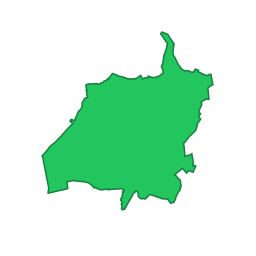 Turda, Cluj, Romania, rotated 75°
{"feature_id": "2599482B86341040659785", "entity_name": "Turda", "entity_type": "district", "adm_level": 2, "iso_a3": "ROU", "parent_name": "Romania", "parent_adm1": "Cluj", "projection": "mercator", "projection_center": [23.797, 46.584], "detail": "fine", "context": "isolated", "style": "filled", "palette": "green", "viewbox_px": 256, "rotation_deg": 75, "n_neighbors": 0, "source": "geoboundaries", "source_scale": "gbopen_adm2", "svg_char_len": 5595}
<svg xmlns="http://www.w3.org/2000/svg" viewBox="0 0 256 256"><g transform="rotate(75 128 128)"><path d="M205.6,152.2L204.5,151.3L203.9,150.5L202.9,149.5L202.2,149.2L201.9,149.0L200.9,147.7L200.1,147.2L199.9,146.7L199.6,146.4L199.1,146.1L197.4,144.2L197.1,144.1L195.6,142.6L195.0,141.7L194.0,141.1L193.0,140.0L191.7,138.3L192.0,138.0L190.9,136.6L191.1,136.3L191.9,135.5L193.2,135.1L194.1,135.1L196.2,135.8L197.0,135.7L199.1,134.4L199.6,133.8L199.9,133.2L200.3,131.0L200.6,130.5L201.1,129.8L198.2,124.8L197.8,124.2L201.4,118.7L205.3,113.0L205.8,112.0L206.1,110.4L206.2,110.0L206.8,109.0L206.9,108.8L206.7,108.3L206.7,108.2L209.4,107.3L210.5,106.8L211.4,106.3L211.9,106.2L211.6,104.7L211.5,103.6L211.8,103.1L211.3,102.8L210.9,102.5L210.3,101.7L209.3,100.7L206.6,99.3L204.6,97.3L203.0,96.0L202.4,95.3L202.3,94.8L202.1,94.5L201.2,93.6L200.7,93.4L199.3,93.0L199.1,92.7L198.7,92.1L198.3,91.9L196.2,91.5L194.2,91.4L193.3,91.1L192.7,91.0L191.6,91.1L190.7,91.8L190.1,92.4L188.7,93.2L187.6,93.5L185.9,94.3L185.5,94.5L185.2,95.0L185.0,94.3L184.3,93.0L183.4,90.8L182.9,89.9L182.3,88.3L181.5,86.9L181.1,86.0L181.2,85.8L182.9,84.9L184.1,84.4L186.7,83.1L185.5,81.2L185.3,80.6L185.3,79.6L186.0,78.5L186.6,78.0L187.1,77.4L187.4,76.7L187.4,76.3L185.8,75.3L183.6,73.4L182.3,72.4L181.8,73.1L181.4,74.7L181.4,75.1L180.8,74.8L179.6,74.1L178.1,74.1L177.1,73.8L176.0,73.6L172.7,73.4L169.4,73.0L170.0,74.6L170.1,80.4L166.1,79.6L160.1,78.6L157.4,78.3L154.7,74.2L153.1,72.4L152.2,71.1L150.9,68.6L150.1,67.4L149.1,65.3L147.8,63.3L147.5,63.0L146.7,62.4L144.6,61.1L144.0,60.8L142.0,60.0L141.7,59.8L138.5,55.8L138.2,55.5L137.8,55.8L135.4,56.8L132.8,54.1L131.8,55.9L130.7,55.2L129.4,54.7L128.4,53.8L127.5,53.2L125.5,51.4L124.7,50.9L123.2,50.4L122.6,50.5L121.8,50.5L121.4,49.8L121.4,49.5L121.2,49.1L121.1,48.2L120.7,46.3L120.1,46.0L121.2,42.4L112.5,40.9L111.1,40.7L110.0,40.7L109.8,39.8L108.2,36.1L108.1,35.5L108.2,34.8L106.4,34.8L105.3,34.4L104.2,34.6L103.7,34.6L102.5,34.3L101.3,34.4L97.6,33.9L97.4,35.1L97.4,35.8L97.5,36.3L97.9,37.2L97.4,38.6L96.8,39.9L96.2,40.6L95.3,41.4L95.2,41.7L95.4,41.9L95.1,42.3L94.6,42.6L94.1,42.9L93.7,43.6L93.2,43.9L92.8,44.5L92.3,45.3L92.3,45.8L92.3,46.2L92.1,45.6L90.7,44.9L90.3,45.1L89.5,46.7L89.3,46.9L89.1,46.8L88.6,47.7L88.6,47.8L89.0,48.5L89.7,48.7L90.2,49.2L90.4,49.8L90.8,50.5L90.8,51.4L90.6,52.0L90.0,52.9L88.6,54.4L88.3,55.0L88.2,55.5L88.0,56.0L87.9,57.0L87.8,57.6L87.5,58.2L86.1,59.9L85.9,60.5L85.3,60.9L84.5,61.0L82.8,61.8L80.2,62.7L76.5,63.7L73.3,64.2L71.9,64.5L70.2,65.1L68.3,65.4L66.9,65.1L64.1,64.0L60.9,62.9L60.3,62.6L59.1,61.7L47.9,65.4L47.6,65.6L46.8,66.7L44.1,70.2L45.0,71.6L45.3,72.0L45.5,72.1L49.3,70.6L50.9,70.2L53.2,69.3L55.0,68.8L56.2,68.1L56.6,68.0L57.2,68.3L57.4,68.6L57.5,68.7L59.3,69.5L60.0,69.6L61.3,70.5L62.7,71.1L62.9,71.3L62.9,71.5L63.3,71.9L64.6,72.6L65.2,72.7L65.5,73.2L66.2,73.2L66.3,73.4L66.5,74.1L67.1,74.4L67.2,74.6L67.5,74.8L68.5,75.3L69.0,75.2L69.7,75.5L70.6,76.0L71.7,76.4L72.3,76.8L72.9,76.9L73.3,77.3L73.8,77.6L74.6,77.5L75.2,77.9L75.8,78.7L76.4,79.3L77.6,79.9L78.1,79.9L78.8,79.5L80.1,79.5L80.7,79.6L82.3,79.4L82.7,79.4L83.3,79.6L83.6,79.7L83.8,79.5L85.0,82.4L85.5,83.2L85.7,84.2L86.0,85.6L86.0,88.7L85.8,90.4L85.3,91.8L85.0,92.3L84.4,93.2L83.1,95.0L83.5,95.1L83.7,94.9L83.9,94.9L84.3,95.0L84.3,96.9L84.1,97.0L84.0,99.1L84.3,100.9L84.3,101.2L84.2,101.3L83.6,101.5L82.5,101.5L80.5,102.1L80.8,103.2L82.2,106.8L82.3,108.5L82.3,109.1L81.8,109.3L81.9,111.2L81.0,113.2L80.7,115.4L78.9,117.3L78.6,117.9L76.8,120.9L76.5,121.8L75.6,123.3L73.9,125.1L71.3,129.0L71.6,129.3L71.7,129.5L73.1,131.1L74.5,133.3L74.8,133.9L75.4,133.8L75.5,133.9L75.7,134.4L75.5,134.6L75.3,135.4L75.8,135.7L76.2,136.3L76.3,136.3L76.3,137.1L76.5,138.1L76.6,139.3L77.0,139.6L77.2,140.0L77.7,140.5L77.7,140.8L77.7,141.1L77.4,142.5L77.8,143.1L78.5,143.8L78.1,144.5L77.4,146.0L76.7,148.5L76.1,151.3L75.7,153.1L75.7,153.9L75.3,154.2L75.1,154.8L75.3,156.3L75.5,157.2L75.6,157.6L76.0,157.5L76.5,157.7L77.7,157.8L78.1,157.9L78.7,157.6L79.0,157.8L79.4,157.8L79.7,157.9L80.4,157.9L80.3,158.5L82.1,158.6L85.2,159.1L86.0,159.2L86.6,159.0L87.9,159.2L88.0,159.3L88.0,159.7L88.0,160.3L88.0,161.1L88.1,161.6L88.4,162.4L92.1,166.0L93.9,166.4L96.4,167.5L97.7,168.9L98.3,169.8L98.6,171.0L99.7,172.0L100.5,172.6L105.8,176.9L107.3,177.7L105.2,180.1L106.0,180.8L105.3,181.2L106.4,182.2L109.5,180.1L110.0,180.9L110.1,181.4L113.0,186.3L114.9,189.3L116.2,191.2L117.5,193.4L118.6,194.5L119.3,196.1L119.9,197.0L120.2,197.8L120.3,197.8L123.1,202.4L124.7,206.3L125.7,208.1L126.8,209.7L129.8,213.6L132.8,218.3L134.5,217.9L137.7,218.2L165.2,220.1L168.1,221.2L170.1,222.1L170.3,222.0L171.0,201.9L164.2,200.8L164.5,196.3L164.8,193.0L165.4,193.1L165.5,192.5L165.7,191.9L167.6,186.9L168.1,186.0L168.3,185.1L169.0,183.5L169.6,182.3L170.5,180.7L170.9,180.2L171.8,179.4L174.1,177.6L174.6,177.3L176.2,176.8L176.9,176.5L177.1,176.1L177.1,175.9L177.0,175.5L177.0,174.7L178.0,174.2L180.8,170.3L181.8,163.0L182.5,163.2L183.1,159.3L183.5,157.1L184.2,154.2L184.8,150.1L185.0,149.7L185.5,149.2L186.3,149.1L186.6,148.9L186.8,148.5L187.1,147.7L187.8,148.0L188.1,148.5L188.4,148.6L188.8,149.0L188.7,149.1L188.5,149.3L188.7,149.7L188.5,150.0L189.6,150.2L190.0,150.3L190.6,150.2L192.1,151.4L192.8,151.5L193.2,151.8L193.8,152.1L194.0,152.3L193.9,152.7L194.5,153.2L194.8,153.2L196.1,153.7L196.4,153.3L196.7,153.0L196.9,153.0L197.0,153.1L197.4,152.9L198.1,152.9L198.7,153.2L198.9,153.7L199.3,153.7L199.8,154.1L200.1,154.0L200.7,154.1L201.7,154.1L202.3,154.2L203.6,154.6L204.3,155.2L204.5,155.0L204.9,155.0L205.5,154.6L205.5,154.1L205.7,153.8L205.2,153.0L205.5,152.7L205.6,152.2Z" fill="#22c55e" stroke="#15803d" stroke-width="1.5"/></g></svg>